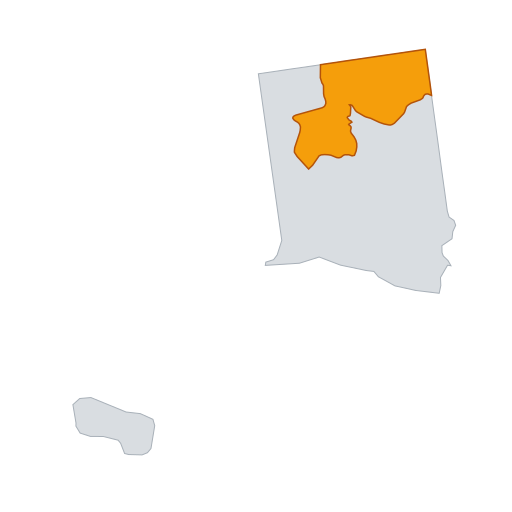 where Wele-Nzás sits in Equatorial Guinea, rotated 262°
{"feature_id": "GNQ-1471", "entity_name": "Wele-Nzás", "entity_type": "Province", "adm_level": 1, "iso_a3": "GNQ", "parent_name": "Equatorial Guinea", "parent_adm1": "", "projection": "natural_earth1", "projection_center": [10.876, 1.497], "detail": "fine", "context": "in_parent", "style": "filled", "palette": "amber", "viewbox_px": 512, "rotation_deg": 262, "n_neighbors": 0, "source": "natural_earth", "source_scale": "10m", "svg_char_len": 2302}
<svg xmlns="http://www.w3.org/2000/svg" viewBox="0 0 512 512"><g transform="rotate(262 256 256)"><path d="M436.1,283.7L436.3,317.1L436.4,345.4L436.5,376.0L436.7,407.9L436.8,434.9L436.9,452.3L411.4,452.2L377.5,452.1L343.5,452.0L309.6,451.8L292.6,451.8L273.8,451.7L267.7,452.6L263.6,457.0L258.6,458.0L252.8,454.3L245.8,452.5L243.9,448.6L240.4,441.5L233.4,440.7L229.9,441.5L224.8,445.5L219.2,447.7L220.2,444.4L209.1,435.7L201.0,434.9L193.6,432.2L199.6,409.5L207.1,389.4L218.4,374.3L224.3,370.6L226.3,363.1L235.2,338.4L246.2,318.4L242.8,298.0L245.4,263.9L248.6,264.9L249.1,268.1L249.9,272.9L254.1,277.1L267.8,283.7L308.6,283.7L332.9,283.7L369.0,283.7L407.1,283.7L436.1,283.7ZM112.6,54.0L115.7,54.5L134.3,54.0L139.4,61.6L138.8,72.8L119.6,105.6L116.0,119.5L108.6,131.2L102.1,132.1L80.0,125.2L76.3,121.1L74.9,115.5L77.1,102.4L78.7,98.4L89.4,95.9L92.8,93.8L98.5,79.7L100.4,66.9L105.1,57.2L112.6,54.0Z" fill="#d9dde1" stroke="#a8b0b8" stroke-width="1"/><path d="M436.5,346.5L436.7,376.7L436.9,414.6L437.1,452.4L399.7,452.3L390.6,452.2L390.8,451.8L392.5,448.9L392.7,447.6L392.6,446.1L391.8,445.0L391.0,444.2L389.9,443.6L389.0,442.9L387.8,440.4L385.8,430.9L384.5,428.0L383.1,425.9L377.9,423.2L376.4,422.0L368.3,411.6L367.3,409.3L367.0,407.3L367.3,405.8L368.9,401.2L371.2,396.7L376.4,388.7L378.2,384.6L379.2,382.9L384.8,375.8L386.2,374.7L390.7,372.7L391.9,372.0L392.7,370.4L392.7,369.5L391.5,370.2L391.0,370.5L390.4,370.6L384.1,369.4L382.1,368.7L381.7,368.3L381.5,366.7L381.2,366.1L380.4,365.6L379.5,366.0L378.6,366.6L377.7,367.1L376.2,369.1L375.2,369.6L373.5,366.1L372.7,366.4L371.7,367.5L370.5,368.1L369.2,367.9L367.1,367.1L365.9,367.0L364.4,367.4L360.3,369.7L356.7,371.0L353.4,371.4L350.0,371.0L346.1,369.8L342.0,367.5L341.8,365.1L343.3,362.1L343.9,358.1L343.5,356.5L341.9,353.7L341.7,351.8L342.2,349.7L345.4,344.2L346.2,341.6L346.9,338.1L347.1,334.8L346.4,332.4L338.0,324.7L334.8,320.2L348.8,310.6L353.3,308.5L354.5,308.6L357.9,309.4L372.2,316.5L374.4,317.3L377.6,318.0L379.6,317.7L381.3,317.0L382.6,315.9L384.5,313.5L385.8,312.3L387.5,311.6L388.6,312.1L389.4,313.2L390.0,315.2L393.6,342.2L394.3,344.0L395.3,345.2L397.4,346.4L399.5,346.6L401.9,346.3L404.4,345.6L407.2,345.5L415.1,346.5L416.6,346.2L418.1,345.4L423.5,344.5L436.5,346.5L436.5,346.5Z" fill="#f59e0b" stroke="#b45309" stroke-width="1.5"/></g></svg>